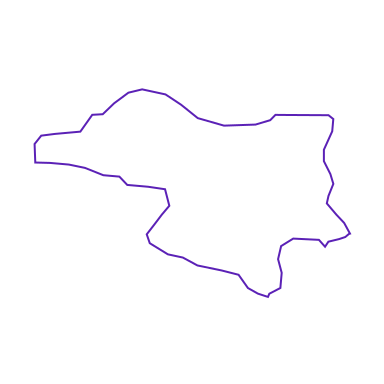 the district of Munkedal, Västra Götaland, Sweden, rotated 275°
{"feature_id": "70781695B34337656625588", "entity_name": "Munkedal", "entity_type": "district", "adm_level": 2, "iso_a3": "SWE", "parent_name": "Sweden", "parent_adm1": "Västra Götaland", "projection": "mercator", "projection_center": [11.711, 58.612], "detail": "fine", "context": "isolated", "style": "outline", "palette": "violet", "viewbox_px": 384, "rotation_deg": 275, "n_neighbors": 0, "source": "geoboundaries", "source_scale": "gbopen_adm2", "svg_char_len": 944}
<svg xmlns="http://www.w3.org/2000/svg" viewBox="0 0 384 384"><g transform="rotate(275 192 192)"><path d="M280.4,321.3L277.0,279.8L276.1,268.4L270.4,263.7L264.7,249.4L260.9,218.1L266.1,191.3L278.0,173.5L286.9,157.1L289.9,133.4L285.4,120.0L273.6,106.7L261.7,96.3L260.2,85.9L258.8,85.1L242.4,75.5L237.9,50.3L235.0,36.9L226.1,31.0L207.7,33.3L208.6,48.0L208.6,67.0L206.7,83.2L201.0,102.2L201.0,118.3L193.4,126.9L193.4,147.8L192.4,164.9L176.3,170.6L166.8,163.9L156.3,157.3L145.9,150.6L137.3,154.4L127.8,173.4L125.9,188.6L119.3,203.8L116.4,228.5L113.6,245.6L101.2,256.1L96.5,266.5L94.1,276.8L97.4,277.9L104.1,288.4L109.8,288.4L119.3,288.4L132.6,283.6L145.9,285.5L154.4,296.9L155.4,322.6L149.1,329.3L154.4,332.2L157.9,342.6L160.5,348.6L163.9,352.0L164.3,353.0L174.4,346.3L182.0,337.8L192.4,327.3L200.0,328.3L212.4,332.1L221.9,328.3L234.2,320.7L245.6,319.7L264.7,326.4L277.0,326.4L280.4,321.3Z" fill="none" stroke="#5b21b6" stroke-width="2"/></g></svg>